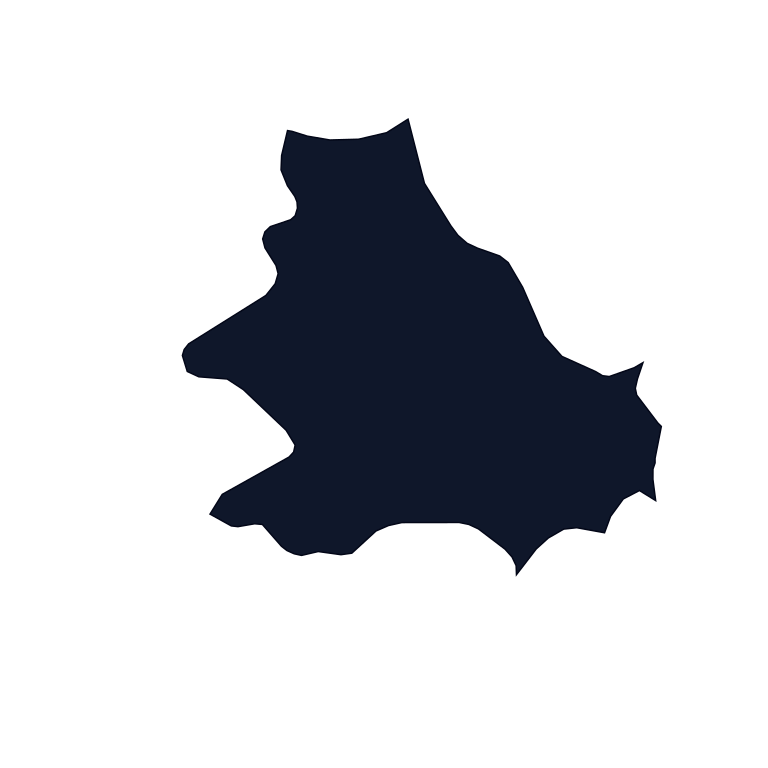 the Province of Crotene, rotated 322°
{"feature_id": "ITA-5392", "entity_name": "Crotene", "entity_type": "Province", "adm_level": 1, "iso_a3": "ITA", "parent_name": "Italy", "parent_adm1": "", "projection": "robinson", "projection_center": [16.94, 39.189], "detail": "fine", "context": "isolated", "style": "filled", "palette": "ink", "viewbox_px": 768, "rotation_deg": 322, "n_neighbors": 0, "source": "natural_earth", "source_scale": "10m", "svg_char_len": 1263}
<svg xmlns="http://www.w3.org/2000/svg" viewBox="0 0 768 768"><g transform="rotate(322 384 384)"><path d="M464.0,124.9L467.1,128.3L476.1,141.4L491.7,158.5L514.7,175.5L540.8,187.6L566.0,190.1L539.4,250.8L534.1,300.4L533.8,312.4L536.1,324.3L541.3,334.5L554.0,354.4L556.6,364.8L552.8,393.2L539.5,444.8L541.2,471.8L558.4,504.5L561.3,512.0L566.1,516.8L591.1,525.2L601.2,526.6L586.9,536.0L579.4,542.1L576.3,548.3L575.8,583.3L576.4,588.2L551.8,609.5L549.0,613.1L543.6,616.6L537.2,624.7L526.3,643.1L519.7,625.2L501.8,621.9L481.0,627.8L466.2,637.0L447.4,615.9L436.3,609.0L418.7,606.5L402.4,607.7L371.0,615.8L376.3,608.5L378.4,599.1L377.7,588.7L369.2,556.3L364.4,546.9L358.0,539.4L312.8,504.2L300.4,498.3L287.2,494.9L254.5,497.5L245.0,492.0L229.0,475.5L213.5,468.3L208.7,462.5L205.0,455.5L203.3,448.8L201.7,419.8L196.0,414.5L181.1,406.5L176.3,401.8L166.8,379.4L188.6,371.4L264.2,383.1L270.9,382.0L276.4,377.4L278.4,360.2L269.7,301.8L263.5,283.5L242.5,264.3L236.7,253.0L242.7,237.4L247.8,233.8L254.8,232.1L345.5,241.5L360.0,238.0L368.5,231.9L371.9,224.1L374.0,203.5L377.7,195.0L383.8,190.8L391.3,190.0L411.6,197.1L417.6,196.7L424.0,192.2L427.6,186.9L429.2,181.3L430.0,168.3L434.7,151.9L444.0,140.9L464.0,124.9Z" fill="#0f172a" stroke="#020617" stroke-width="1.5"/></g></svg>